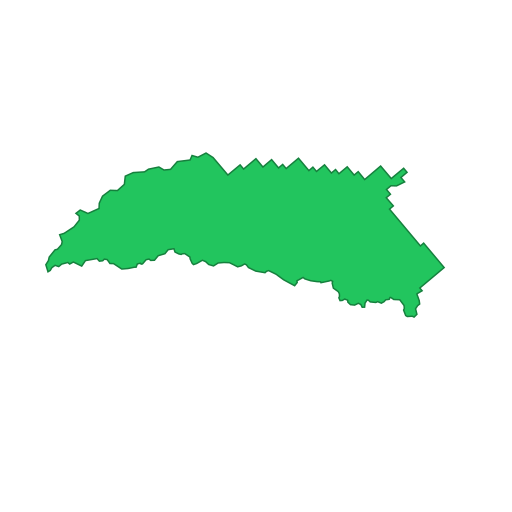 Mineral, Montana, United States of America, rotated 320°
{"feature_id": "52423323B81681385267576", "entity_name": "Mineral", "entity_type": "district", "adm_level": 2, "iso_a3": "USA", "parent_name": "United States of America", "parent_adm1": "Montana", "projection": "mercator", "projection_center": [-115.085, 47.096], "detail": "fine", "context": "isolated", "style": "filled", "palette": "green", "viewbox_px": 512, "rotation_deg": 320, "n_neighbors": 0, "source": "geoboundaries", "source_scale": "gbopen_adm2", "svg_char_len": 2503}
<svg xmlns="http://www.w3.org/2000/svg" viewBox="0 0 512 512"><g transform="rotate(320 256 256)"><path d="M119.3,113.5L116.8,120.4L114.3,122.3L108.2,123.2L106.0,122.1L96.9,123.9L94.0,126.1L89.4,127.6L86.5,134.4L89.1,134.8L92.1,133.7L96.1,134.0L98.1,137.3L101.9,137.3L107.7,140.0L108.1,142.4L112.2,143.2L116.0,151.7L122.4,149.9L132.6,155.8L132.7,159.3L135.5,161.1L137.8,160.9L139.7,163.1L139.3,167.9L142.0,170.3L144.8,179.7L149.9,183.3L155.6,186.4L157.0,187.5L160.0,185.8L162.8,187.2L162.8,188.4L164.0,189.1L169.5,188.2L172.1,189.6L172.5,191.7L175.5,194.0L181.3,192.9L187.7,195.7L192.8,194.7L197.8,197.7L196.5,200.9L198.2,204.8L199.7,206.7L200.9,206.9L203.0,208.4L204.7,214.3L203.7,215.9L202.4,220.6L202.6,222.4L205.7,223.6L212.2,224.8L213.8,227.9L214.3,232.1L217.1,236.3L222.5,237.0L227.3,240.4L231.4,244.1L233.4,248.7L235.0,252.5L238.4,254.1L242.2,254.8L243.0,256.6L242.8,260.0L246.1,267.4L252.2,274.6L254.3,274.5L256.3,275.3L259.6,282.7L261.9,292.0L263.6,296.3L266.5,303.6L270.5,302.8L271.4,301.3L278.3,302.7L278.7,304.9L282.0,310.1L286.4,315.0L288.9,317.2L288.6,318.2L295.9,322.1L297.7,322.8L298.4,324.7L296.9,325.8L294.6,330.4L296.1,336.1L295.6,338.5L294.0,340.6L292.6,341.3L291.7,344.2L293.5,345.5L296.3,346.0L297.8,348.8L296.7,350.5L297.1,354.0L300.0,357.0L304.0,358.0L305.1,360.5L304.4,363.5L306.3,365.0L309.2,362.2L312.8,361.1L313.7,362.2L314.0,364.6L317.9,368.6L319.9,369.2L321.7,372.7L324.8,373.3L327.2,372.9L330.2,374.8L332.0,373.9L332.6,374.4L333.6,377.9L338.0,381.9L337.6,389.1L335.9,391.5L334.3,392.3L332.4,397.8L333.0,399.6L337.0,402.6L337.8,404.4L341.8,404.1L344.3,399.0L347.9,397.9L350.5,398.0L352.4,395.0L354.8,388.5L355.6,388.5L360.9,389.4L360.9,385.8L392.7,385.8L392.7,353.9L388.4,354.0L388.4,305.9L393.4,305.9L393.2,295.1L398.7,295.1L398.7,288.9L404.5,288.9L408.7,292.6L417.5,294.8L417.5,289.0L425.5,289.0L425.5,283.7L409.4,283.6L409.3,267.2L388.4,267.3L388.5,257.1L383.2,257.1L383.2,246.3L372.4,246.3L372.5,240.9L367.1,240.9L367.1,230.2L356.7,230.1L356.7,224.5L351.4,224.6L351.4,208.4L335.3,208.4L335.3,203.0L329.9,203.0L329.9,192.2L318.5,192.3L318.5,181.4L302.4,181.4L302.4,176.0L286.5,175.9L286.4,153.0L283.9,145.0L275.0,143.0L271.6,137.9L267.2,140.1L256.4,133.1L246.2,134.7L240.8,131.0L238.8,125.4L229.5,120.4L224.7,119.9L215.6,113.2L207.2,110.8L201.2,116.5L191.9,116.8L186.6,112.0L176.9,111.5L169.9,114.8L166.3,118.7L154.6,115.4L150.9,107.8L145.5,107.6L146.3,111.8L143.7,115.0L135.3,116.7L123.5,115.3L119.3,113.5Z" fill="#22c55e" stroke="#15803d" stroke-width="1.5"/></g></svg>